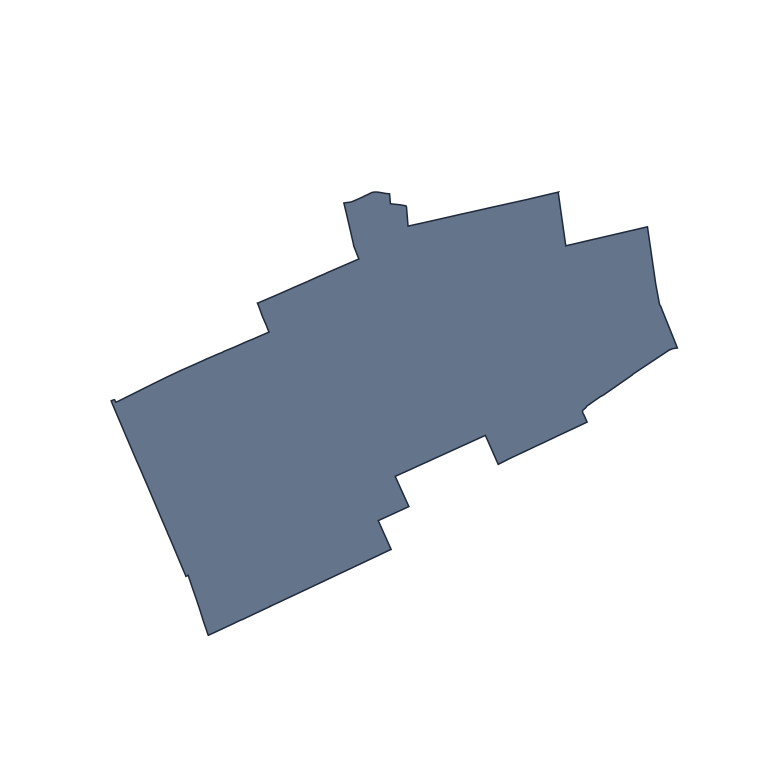 Obarsia, Olt, Romania (Equal Earth projection), rotated 317°
{"feature_id": "2599482B32252281662846", "entity_name": "Obarsia", "entity_type": "district", "adm_level": 2, "iso_a3": "ROU", "parent_name": "Romania", "parent_adm1": "Olt", "projection": "equal_earth", "projection_center": [24.286, 43.896], "detail": "fine", "context": "isolated", "style": "filled", "palette": "slate", "viewbox_px": 768, "rotation_deg": 317, "n_neighbors": 0, "source": "geoboundaries", "source_scale": "gbopen_adm2", "svg_char_len": 2637}
<svg xmlns="http://www.w3.org/2000/svg" viewBox="0 0 768 768"><g transform="rotate(317 384 384)"><path d="M623.1,557.8L628.2,544.8L635.2,526.6L637.7,520.1L639.5,515.7L639.4,514.9L640.0,513.4L650.8,496.4L681.2,452.6L683.3,449.6L683.9,448.7L634.9,420.5L611.2,406.9L639.5,366.4L641.4,363.6L641.9,362.9L642.6,362.7L637.6,359.8L612.9,345.7L584.6,329.0L557.8,313.3L520.9,291.8L509.3,284.9L521.1,270.0L521.6,268.7L517.6,263.4L511.8,256.8L511.7,256.5L517.8,248.7L515.6,246.3L510.9,240.1L509.2,238.2L507.7,236.9L505.8,235.7L501.6,234.4L501.3,234.3L500.3,234.0L498.8,233.5L498.0,233.2L497.4,233.1L495.4,232.5L495.2,232.4L487.6,229.8L484.1,228.5L479.1,224.9L478.1,224.2L472.9,233.4L463.5,249.7L457.0,260.9L456.3,261.9L455.9,262.6L453.4,269.0L450.9,275.4L419.5,264.2L414.3,262.5L412.2,261.7L409.2,260.6L404.0,258.9L396.4,256.3L392.5,254.9L384.7,252.1L378.0,249.8L373.1,248.1L366.8,245.9L362.3,244.3L358.5,242.9L354.2,241.4L346.9,238.7L346.6,238.5L345.3,241.9L343.7,245.8L341.5,250.8L340.1,254.7L339.3,256.9L338.0,260.7L337.6,261.7L336.3,264.8L335.4,267.6L325.2,264.0L318.0,261.5L313.8,259.8L309.2,258.2L304.4,256.6L299.0,254.7L289.4,251.0L287.1,250.5L282.6,248.7L276.6,246.6L270.8,244.5L261.2,241.3L252.0,238.1L246.1,236.0L239.2,233.8L229.6,230.7L225.2,229.4L216.3,226.7L208.6,224.4L186.2,217.8L177.1,215.1L176.1,214.6L175.5,214.3L176.0,212.6L176.2,212.2L176.2,211.9L175.9,211.4L174.0,210.6L173.0,210.2L172.3,211.9L171.9,212.9L171.3,214.5L152.0,267.7L146.0,284.9L145.2,286.9L140.6,299.9L139.6,302.5L139.5,302.9L137.8,307.5L129.6,330.1L128.5,333.2L127.7,335.5L124.4,344.6L123.6,346.6L123.3,347.6L122.4,350.2L121.5,352.7L118.6,360.6L117.9,362.5L117.0,365.0L116.5,366.3L113.2,375.3L110.2,383.4L109.2,386.3L108.9,387.3L107.9,389.6L109.3,390.0L110.3,390.3L104.8,402.4L99.4,414.7L95.2,423.8L89.8,435.0L84.1,447.9L84.2,448.0L96.4,452.0L101.3,453.6L118.9,459.2L118.9,459.3L119.7,459.7L123.2,460.8L125.0,461.3L126.4,461.8L127.7,462.2L128.2,462.4L131.5,463.4L148.9,469.0L149.1,468.8L149.7,468.9L149.7,469.2L153.5,470.4L164.3,473.9L173.6,476.9L274.8,509.3L275.1,509.2L275.5,509.4L275.6,509.6L276.4,509.9L286.6,480.0L318.6,490.6L329.2,459.2L423.1,490.7L412.7,520.7L425.0,524.2L443.0,530.0L450.9,532.5L470.8,538.9L479.3,541.6L486.7,544.0L499.7,548.2L506.6,550.4L506.7,549.9L508.4,545.3L508.4,545.0L509.1,543.2L509.5,540.9L510.0,540.3L510.6,539.3L511.4,538.9L512.0,538.8L513.2,538.9L514.9,539.0L515.9,538.8L516.6,538.6L517.5,538.5L518.9,538.7L520.7,539.1L521.8,539.1L534.1,540.9L535.0,541.2L537.7,541.9L539.5,542.1L571.6,546.7L572.3,546.5L616.4,553.8L616.3,554.0L619.1,555.0L620.5,555.9L623.1,557.8Z" fill="#64748b" stroke="#1e293b" stroke-width="1.5"/></g></svg>